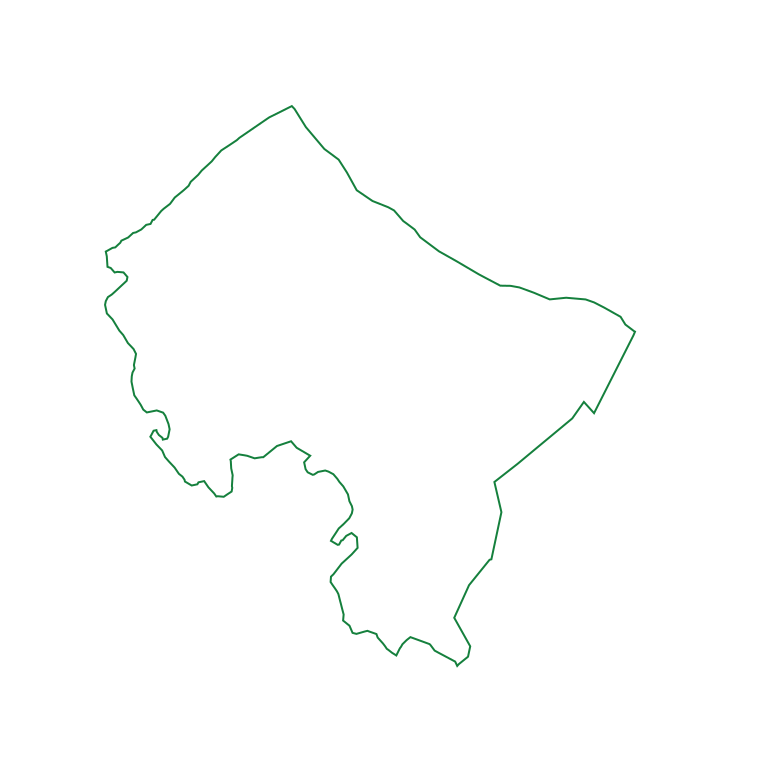 Sidfa, Asyut, Egypt (Equal Earth projection), rotated 348°
{"feature_id": "37247803B72914028370389", "entity_name": "Sidfa", "entity_type": "district", "adm_level": 2, "iso_a3": "EGY", "parent_name": "Egypt", "parent_adm1": "Asyut", "projection": "equal_earth", "projection_center": [31.35, 26.943], "detail": "fine", "context": "isolated", "style": "outline", "palette": "green", "viewbox_px": 768, "rotation_deg": 348, "n_neighbors": 0, "source": "geoboundaries", "source_scale": "gbopen_adm2", "svg_char_len": 3415}
<svg xmlns="http://www.w3.org/2000/svg" viewBox="0 0 768 768"><g transform="rotate(348 384 384)"><path d="M139.4,196.6L139.4,201.4L137.9,211.9L140.8,213.7L143.7,218.9L146.6,218.9L152.4,220.7L153.4,222.5L155.3,226.0L153.8,229.5L139.3,238.2L136.3,239.9L132.0,241.6L129.1,245.1L127.6,248.6L127.6,257.4L131.9,264.4L136.2,276.7L139.1,281.9L142.0,290.7L146.3,297.7L147.7,303.0L146.3,306.5L143.3,313.5L143.3,317.0L141.9,318.7L140.4,320.5L138.9,324.0L137.5,329.2L137.4,336.2L137.4,343.2L138.9,346.7L140.3,350.2L141.7,353.8L143.2,359.0L146.1,362.5L154.8,362.6L156.2,362.6L162.0,366.1L163.5,369.6L164.9,378.4L164.9,383.7L161.9,390.7L160.5,392.4L159.0,392.4L157.6,392.4L156.1,392.4L156.1,390.6L154.7,388.9L153.2,387.1L151.8,383.6L151.8,381.8L148.9,381.8L147.4,383.6L146.0,385.3L144.5,387.0L148.8,395.8L153.2,402.9L154.6,409.9L157.5,415.1L161.8,422.2L164.7,429.2L167.6,432.7L169.0,436.2L169.0,438.0L174.8,443.3L176.3,443.3L180.6,443.3L182.1,441.6L187.9,441.6L190.8,448.6L195.1,455.7L196.6,459.2L198.0,459.2L203.8,461.0L208.2,459.2L212.6,457.5L214.0,454.0L214.0,452.3L215.5,447.0L216.2,444.4L217.0,441.8L217.0,438.3L217.0,434.8L218.1,427.7L218.1,426.0L227.2,422.6L232.9,424.8L235.3,425.8L240.0,428.6L242.0,429.8L246.1,430.0L249.2,430.2L250.7,430.5L263.9,423.7L266.4,422.4L281.2,420.7L285.3,428.2L296.9,438.8L289.6,444.0L289.6,451.0L291.0,454.5L295.4,458.0L296.8,458.0L301.2,456.3L308.5,456.4L311.4,458.1L312.5,459.0L313.9,460.2L315.7,461.7L318.6,467.0L320.0,470.5L322.9,475.7L325.8,484.5L325.8,491.5L327.2,496.8L327.2,500.3L325.7,503.8L324.3,505.5L322.1,508.1L315.5,512.5L309.7,515.9L306.0,519.6L300.9,524.6L299.5,526.4L305.3,531.7L306.7,531.7L309.7,528.2L311.1,528.2L315.5,524.7L321.3,523.0L325.6,528.3L324.1,538.8L316.9,544.0L308.1,549.2L305.2,550.9L295.0,559.6L292.1,561.4L290.6,566.6L292.0,570.1L293.5,573.6L294.9,577.1L295.7,580.0L295.8,582.4L296.0,587.7L296.1,589.4L296.3,594.7L296.6,601.1L294.8,606.9L300.0,613.3L301.5,620.9L305.1,622.7L306.4,622.6L310.7,622.3L313.6,622.1L316.5,622.0L317.7,622.8L324.6,627.0L325.1,630.7L329.0,637.5L330.2,640.0L331.1,642.1L331.6,643.5L333.0,645.0L336.0,648.6L338.3,650.8L339.6,652.1L341.5,649.7L342.9,647.9L344.6,645.8L346.0,644.6L347.9,642.4L352.9,639.2L357.2,637.1L360.1,638.9L367.0,643.2L374.5,647.9L375.3,649.2L378.1,655.3L381.7,658.4L386.0,662.0L393.6,668.4L395.9,670.3L397.0,675.0L398.9,673.6L409.5,668.2L413.8,658.5L404.1,627.3L424.3,599.9L425.3,598.5L450.7,577.9L452.6,577.8L472.2,533.8L471.6,502.8L493.5,492.1L498.4,489.7L521.2,477.7L535.7,470.1L561.0,456.8L575.8,443.1L583.4,456.2L614.9,417.1L638.1,388.3L639.5,386.3L640.4,385.0L639.5,384.2L632.6,376.2L632.4,375.9L629.4,367.5L623.6,362.4L615.2,355.0L606.5,347.9L598.8,343.2L580.1,337.5L563.7,335.7L549.6,325.9L536.5,317.7L528.2,314.3L518.2,312.0L505.1,301.1L499.4,296.3L480.6,279.1L465.4,265.7L449.9,248.0L446.1,239.3L439.4,231.6L436.7,228.6L429.9,216.3L424.9,212.0L410.8,202.6L397.6,188.8L391.7,169.4L386.3,155.1L374.5,141.7L361.0,116.5L353.7,96.4L351.6,93.0L327.3,99.3L324.3,100.5L318.0,103.1L293.8,113.1L290.9,114.8L282.2,118.3L273.4,121.7L266.1,126.9L261.8,130.4L253.0,135.6L250.1,137.3L245.7,140.8L237.0,146.0L234.1,149.5L228.2,152.9L218.1,158.1L212.2,163.3L204.9,166.8L202.0,168.5L193.3,175.5L191.8,175.4L188.9,178.9L184.5,178.9L178.7,182.4L172.9,184.1L170.0,184.1L164.2,187.5L156.9,189.2L155.4,191.0L152.5,192.7L149.6,194.5L146.7,194.4L140.9,196.2L139.4,196.6Z" fill="none" stroke="#15803d" stroke-width="2"/></g></svg>